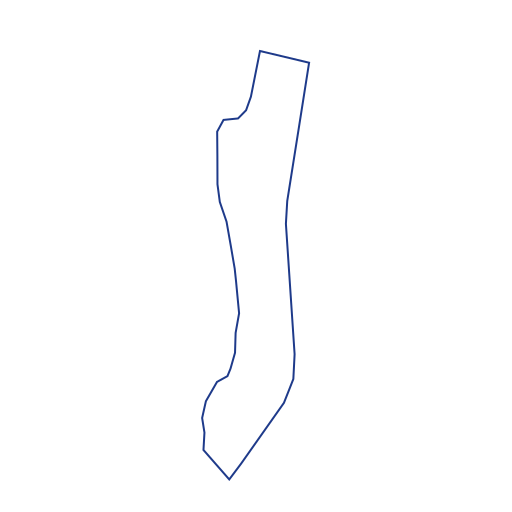 Bragadiru, Teleorman, Romania (Mercator projection), rotated 141°
{"feature_id": "2599482B260875686248", "entity_name": "Bragadiru", "entity_type": "district", "adm_level": 2, "iso_a3": "ROU", "parent_name": "Romania", "parent_adm1": "Teleorman", "projection": "mercator", "projection_center": [25.509, 43.687], "detail": "fine", "context": "isolated", "style": "outline", "palette": "blue", "viewbox_px": 512, "rotation_deg": 141, "n_neighbors": 0, "source": "geoboundaries", "source_scale": "gbopen_adm2", "svg_char_len": 608}
<svg xmlns="http://www.w3.org/2000/svg" viewBox="0 0 512 512"><g transform="rotate(141 256 256)"><path d="M386.3,174.7L393.0,169.4L399.8,164.0L407.2,151.2L418.9,138.3L417.4,99.2L398.3,104.0L326.7,124.3L315.5,130.6L304.4,136.9L292.0,150.7L287.8,155.4L212.5,262.2L197.1,279.1L145.1,325.9L93.1,372.8L123.9,412.8L159.7,383.0L172.0,375.5L183.4,374.2L195.6,382.2L207.9,377.1L223.5,357.5L240.8,336.0L250.1,320.8L257.3,301.2L269.5,279.2L280.5,259.6L287.3,249.1L294.2,238.7L305.2,222.1L320.2,209.1L333.2,194.0L346.7,184.5L353.8,180.6L365.5,182.7L386.3,174.7Z" fill="none" stroke="#1e3a8a" stroke-width="2"/></g></svg>